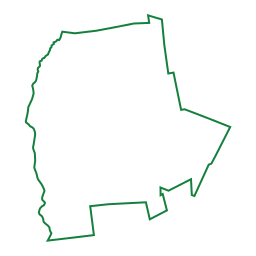 the district of Addison, Vermont, United States of America
{"feature_id": "52423323B4110590871178", "entity_name": "Addison", "entity_type": "district", "adm_level": 2, "iso_a3": "USA", "parent_name": "United States of America", "parent_adm1": "Vermont", "projection": "albers", "projection_center": [-73.298, 44.028], "detail": "fine", "context": "isolated", "style": "outline", "palette": "green", "viewbox_px": 256, "rotation_deg": 0, "n_neighbors": 0, "source": "geoboundaries", "source_scale": "gbopen_adm2", "svg_char_len": 1645}
<svg xmlns="http://www.w3.org/2000/svg" viewBox="0 0 256 256"><path d="M42.8,218.0L43.2,219.0L43.5,221.3L43.7,222.0L46.1,224.2L47.8,225.5L49.3,227.2L49.9,230.3L50.1,231.0L51.3,233.0L51.3,233.6L50.1,236.1L47.7,240.6L86.5,236.0L93.9,235.1L90.2,206.2L108.7,204.2L145.9,202.3L149.8,219.3L166.9,210.4L162.7,194.0L160.6,195.2L160.5,187.5L168.5,190.7L191.0,179.2L191.8,195.0L194.4,196.0L208.7,164.7L211.4,163.6L216.0,154.9L230.2,127.0L206.9,117.8L184.7,109.3L181.1,109.8L173.5,72.6L168.3,73.5L164.3,44.9L161.9,19.5L148.1,15.4L149.2,22.9L133.9,23.5L115.1,27.2L96.5,30.7L74.9,33.3L62.3,31.7L61.4,34.3L60.5,37.7L59.3,40.0L59.0,40.1L57.7,39.7L57.3,39.8L56.3,41.2L55.5,41.7L53.6,42.4L53.9,43.8L51.6,45.5L51.4,47.3L50.2,48.3L50.1,48.6L50.1,49.9L49.3,51.3L48.2,53.7L48.1,54.4L45.5,56.1L45.0,57.0L44.2,58.0L43.5,58.1L42.1,59.1L41.6,60.7L41.2,60.9L40.3,61.0L39.7,61.6L39.6,62.4L40.0,65.6L39.8,66.3L38.1,67.8L37.8,68.6L37.7,69.5L37.9,70.7L38.3,71.4L38.2,71.8L37.3,73.3L37.0,76.2L36.2,80.0L36.0,80.7L34.5,82.7L33.5,83.3L32.3,85.4L32.3,85.9L32.9,88.1L33.5,91.6L33.6,93.6L32.1,99.0L28.3,107.2L28.0,110.4L27.5,113.7L25.8,121.3L26.0,122.3L27.8,123.8L28.6,124.3L30.1,126.3L30.9,126.6L32.6,127.6L33.7,128.7L34.6,131.0L34.7,131.4L35.1,133.1L35.1,135.0L33.5,145.3L33.1,146.8L33.1,147.9L33.5,149.7L34.8,153.1L35.2,160.6L34.3,167.1L34.5,168.4L36.5,173.6L37.6,178.3L38.0,179.3L41.6,184.3L43.8,188.7L44.4,190.6L44.4,191.2L42.9,195.1L42.2,197.3L42.1,199.0L42.4,200.0L44.5,202.0L44.9,202.6L44.9,203.0L44.5,204.1L43.7,205.4L42.1,206.2L40.2,208.2L39.6,209.5L38.9,212.4L39.0,213.0L39.6,214.4L41.7,216.0L42.4,217.0L42.8,218.0Z" fill="none" stroke="#15803d" stroke-width="2"/></svg>